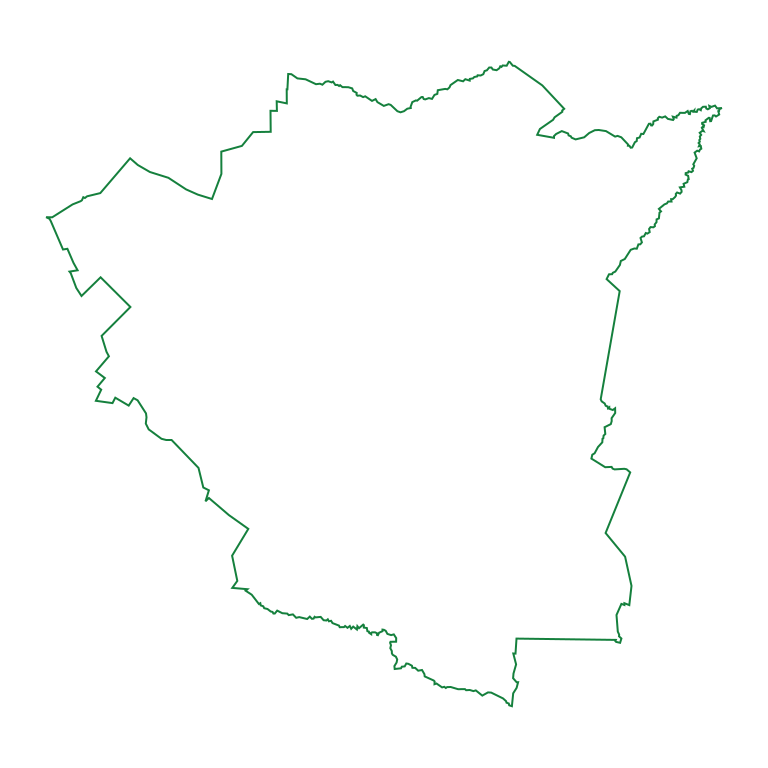 outline of Nogoya, Entre Ríos, Argentina
{"feature_id": "61730980B78785017489869", "entity_name": "Nogoya", "entity_type": "district", "adm_level": 2, "iso_a3": "ARG", "parent_name": "Argentina", "parent_adm1": "Entre Ríos", "projection": "albers", "projection_center": [-59.632, -32.251], "detail": "fine", "context": "isolated", "style": "outline", "palette": "green", "viewbox_px": 768, "rotation_deg": 0, "n_neighbors": 0, "source": "geoboundaries", "source_scale": "gbopen_adm2", "svg_char_len": 6038}
<svg xmlns="http://www.w3.org/2000/svg" viewBox="0 0 768 768"><path d="M108.9,356.3L96.0,371.4L104.8,378.0L97.5,386.7L101.2,389.7L95.9,400.8L112.5,403.1L115.3,397.7L128.7,405.6L133.6,398.1L137.6,400.3L146.0,413.4L146.5,417.3L145.8,423.6L148.7,429.4L161.5,438.8L166.2,440.0L171.6,440.0L198.5,467.9L203.3,487.5L208.9,490.3L205.5,501.3L208.9,498.0L228.9,515.1L248.3,528.9L232.1,555.7L237.3,580.9L232.3,587.9L247.4,589.2L245.6,590.7L251.7,594.7L258.9,604.0L260.3,603.2L260.7,605.4L263.3,606.3L264.2,608.2L267.5,609.0L270.7,611.5L272.5,611.9L273.4,613.5L274.8,613.5L277.2,610.6L282.3,613.2L287.3,613.6L288.7,615.1L292.9,614.4L296.2,617.8L299.2,617.1L307.2,619.0L309.8,616.6L311.9,618.8L313.6,618.6L314.6,616.8L315.6,617.4L320.7,616.9L323.6,620.2L326.4,620.5L327.8,619.3L328.9,621.3L331.1,620.8L332.5,623.1L339.0,625.6L339.7,627.2L344.0,627.1L345.1,626.0L347.5,627.8L349.8,626.0L351.2,628.8L353.2,626.6L356.9,629.5L357.4,626.2L359.0,628.2L363.2,624.6L363.9,625.2L363.8,627.6L366.8,628.0L367.4,631.2L368.9,631.6L369.1,632.8L371.2,634.2L371.2,632.8L372.2,632.3L375.0,632.3L377.1,633.3L377.0,634.9L377.9,635.2L379.1,632.7L382.5,631.2L382.5,629.6L383.9,629.8L385.7,630.8L387.4,633.9L391.1,635.1L393.8,634.4L396.2,638.1L396.1,641.7L390.5,641.8L390.1,642.8L391.0,645.2L390.3,648.2L391.8,651.0L391.9,653.4L392.7,654.8L395.9,656.7L397.2,659.5L396.6,662.5L394.4,666.1L394.7,669.0L401.0,668.3L401.8,666.7L404.7,666.4L406.3,663.5L408.3,663.8L411.9,665.7L412.4,667.8L415.2,667.9L418.2,670.7L422.0,670.0L424.4,674.1L424.7,676.4L433.7,680.5L434.6,681.4L434.5,684.2L436.5,683.5L442.1,687.4L444.3,686.8L445.8,688.0L447.1,687.1L450.7,687.0L458.1,689.2L464.9,689.1L466.1,690.2L469.8,690.0L473.4,691.1L475.8,690.4L482.3,695.6L488.0,692.4L491.2,692.6L503.0,698.4L506.1,701.2L506.5,702.7L508.8,703.5L509.2,705.3L511.9,706.2L513.2,693.3L516.6,687.9L518.1,682.2L516.6,682.2L513.1,678.2L513.5,673.5L516.1,664.4L513.3,653.5L515.5,653.6L516.5,638.6L615.8,639.9L615.3,641.0L616.1,641.9L620.1,642.8L621.4,638.5L619.0,636.3L619.2,634.7L617.8,631.6L616.5,615.0L621.4,603.9L624.4,605.0L624.4,603.2L629.3,605.1L631.5,585.9L625.1,556.7L605.6,533.0L630.2,472.4L626.6,469.3L624.3,468.8L614.6,469.4L612.6,468.6L611.6,466.9L605.2,467.2L591.4,458.6L592.3,454.7L594.6,453.3L598.0,447.0L602.3,442.3L602.5,438.8L603.3,438.3L603.6,435.6L605.3,434.0L604.6,427.2L610.8,424.1L611.7,421.1L611.6,418.2L615.2,413.0L615.1,408.3L612.8,410.0L609.4,408.8L609.3,407.3L608.0,408.3L607.5,406.4L605.7,405.8L604.7,403.5L601.7,401.4L600.7,399.3L619.7,291.1L606.6,279.1L609.0,274.3L612.1,274.2L612.8,272.8L615.3,271.6L619.9,265.0L620.8,261.0L624.8,259.0L630.7,249.8L634.3,248.5L636.8,248.7L638.4,244.4L640.3,244.3L641.9,242.4L640.5,238.0L642.0,236.6L644.0,236.3L645.8,233.0L647.4,233.6L649.7,232.1L649.1,229.0L650.5,227.1L653.4,227.3L654.9,226.2L654.7,224.4L656.5,222.2L656.6,219.4L658.9,218.4L659.5,212.6L661.0,211.4L658.9,208.9L664.4,204.4L666.9,203.4L668.2,201.5L671.5,201.5L671.1,199.2L672.8,199.1L675.0,197.1L676.0,195.6L675.8,193.9L677.1,192.5L680.1,193.6L681.6,191.9L681.5,190.2L679.9,187.4L684.3,186.7L683.6,183.8L687.3,182.2L687.9,179.4L688.7,179.1L688.1,175.8L685.6,174.6L685.7,173.1L688.2,172.5L688.6,171.3L691.5,172.1L693.0,170.8L692.2,168.7L693.5,167.9L694.2,165.8L693.3,164.3L696.7,158.3L694.6,152.6L697.2,150.7L699.1,151.4L699.9,149.6L701.3,148.7L700.8,146.1L698.9,146.3L699.8,144.4L698.6,143.0L699.8,141.7L699.3,140.1L700.3,138.8L699.8,136.5L701.2,134.9L699.7,132.8L702.4,130.8L703.7,131.2L701.8,127.8L702.7,126.7L703.6,127.1L704.1,125.3L702.1,123.9L702.2,122.8L705.7,121.8L705.5,120.3L708.8,117.8L709.6,117.9L710.2,121.2L711.1,121.1L713.0,115.5L714.7,115.4L716.0,116.5L719.2,114.5L718.3,111.2L719.1,111.0L719.3,109.3L721.9,108.0L717.1,108.4L715.0,105.6L711.4,106.9L709.3,105.9L709.8,108.2L707.8,109.3L706.3,108.5L705.8,106.7L703.0,106.8L701.2,108.4L700.8,110.2L699.1,109.2L697.7,109.6L696.8,111.9L694.0,111.7L694.2,110.4L693.0,111.7L692.0,110.8L690.5,111.2L689.9,114.1L688.8,113.9L687.7,111.0L684.9,112.9L680.0,112.8L678.4,115.2L676.7,115.8L676.5,117.6L672.9,116.7L673.8,119.0L673.1,120.0L667.9,118.9L665.2,116.4L662.1,117.6L659.3,116.8L657.8,118.3L657.9,119.7L653.4,121.4L653.2,124.1L652.1,125.5L651.1,125.4L650.5,123.7L648.9,123.8L643.4,134.0L641.2,133.8L639.6,137.5L637.0,138.2L636.7,141.1L634.9,142.2L632.2,147.5L630.7,147.7L629.4,145.8L627.9,145.7L628.1,144.5L621.3,137.3L617.6,135.9L615.1,136.6L606.0,131.1L598.8,130.0L594.8,130.2L589.2,133.0L584.2,137.3L575.6,139.4L571.6,137.7L570.8,136.3L568.6,135.4L568.1,133.5L561.8,131.1L556.1,134.0L554.0,136.1L554.0,137.8L537.2,134.8L539.9,129.0L553.1,119.8L554.6,117.3L562.3,111.8L562.2,110.5L564.2,108.8L542.3,85.4L514.7,65.9L512.8,65.7L509.8,62.0L508.8,61.8L506.7,65.7L502.6,65.5L501.5,66.9L500.3,66.3L499.3,68.3L496.6,70.2L492.8,69.5L491.4,67.5L489.2,67.5L486.9,70.3L484.6,71.0L483.3,74.2L480.7,75.5L477.6,75.3L477.2,76.4L474.3,77.0L472.9,78.4L469.8,78.9L469.7,80.6L465.3,79.2L463.1,81.3L457.8,80.0L450.5,85.1L449.5,87.4L447.4,89.3L445.2,88.9L437.8,90.2L437.3,93.9L434.5,94.9L432.0,98.9L428.9,98.1L425.2,99.4L423.7,99.0L422.7,97.0L421.4,97.1L417.1,100.7L415.9,100.4L412.3,102.1L410.6,106.8L410.8,108.0L407.3,108.7L404.0,111.2L400.5,112.3L397.4,111.2L390.7,104.9L388.6,104.2L383.8,105.9L377.4,102.1L375.6,99.1L372.0,100.9L365.2,96.3L363.1,97.1L360.1,95.5L357.4,95.7L356.5,94.7L356.7,92.9L353.2,91.0L352.2,88.4L348.3,87.2L342.4,87.1L340.1,85.2L339.1,86.0L337.6,84.9L335.4,85.0L333.0,81.6L331.7,82.4L328.2,81.2L325.5,81.8L322.4,84.7L319.9,83.7L316.0,84.2L305.6,79.3L297.4,78.4L291.4,74.2L288.2,74.0L287.4,89.3L286.7,89.3L286.8,103.4L276.7,101.3L276.9,110.9L270.5,110.8L270.7,131.8L253.1,132.1L241.9,145.9L221.3,151.6L221.4,173.9L212.0,199.0L197.8,194.6L186.1,189.4L168.4,177.8L149.9,172.0L137.8,165.0L130.1,158.3L100.3,193.1L87.1,196.3L84.9,198.0L83.3,197.2L81.9,200.3L80.6,201.2L72.6,204.4L52.2,217.3L46.1,217.2L49.5,218.8L50.8,221.1L63.0,249.5L67.4,248.8L73.5,262.9L77.6,270.3L69.5,271.6L70.8,273.3L76.3,288.0L81.5,296.0L100.6,277.3L130.4,307.0L101.6,335.9L106.5,351.8L108.9,356.3Z" fill="none" stroke="#15803d" stroke-width="2"/></svg>